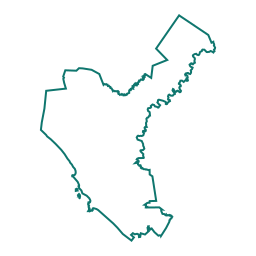 outline of Mazatlán, Sinaloa, Mexico
{"feature_id": "50627088B53659635813519", "entity_name": "Mazatlán", "entity_type": "district", "adm_level": 2, "iso_a3": "MEX", "parent_name": "Mexico", "parent_adm1": "Sinaloa", "projection": "mercator", "projection_center": [-106.27, 23.48], "detail": "fine", "context": "isolated", "style": "outline", "palette": "teal", "viewbox_px": 256, "rotation_deg": 0, "n_neighbors": 0, "source": "geoboundaries", "source_scale": "gbopen_adm2", "svg_char_len": 5788}
<svg xmlns="http://www.w3.org/2000/svg" viewBox="0 0 256 256"><path d="M208.3,35.0L179.1,15.4L156.1,48.6L167.2,60.0L152.7,65.8L151.2,77.9L145.2,74.0L144.6,74.3L144.5,74.8L144.9,75.0L144.1,75.5L144.7,75.5L144.9,75.8L144.4,76.6L143.7,76.6L144.1,77.1L143.5,77.2L143.6,77.5L144.1,77.6L143.9,77.9L143.0,77.9L143.2,78.5L143.8,78.8L143.7,79.3L142.9,80.0L141.6,79.4L140.9,79.5L140.8,80.0L140.1,80.5L139.2,80.4L138.6,81.5L139.0,81.9L137.9,82.7L138.1,84.1L137.4,84.5L137.3,83.8L136.9,83.6L136.8,85.4L136.4,85.4L136.1,84.9L135.4,85.0L135.6,84.6L135.1,83.5L134.1,84.6L134.3,85.0L133.9,85.3L134.3,85.5L133.4,85.8L133.7,86.0L133.6,87.2L133.0,87.1L133.0,86.4L132.4,86.9L132.4,87.8L132.8,88.6L132.0,88.4L130.8,88.8L130.6,89.2L131.1,89.5L130.8,90.1L129.6,89.9L129.2,91.0L129.9,91.6L129.2,91.4L129.2,92.9L127.9,93.4L127.7,94.0L128.0,94.4L127.0,93.8L126.2,94.4L126.5,94.8L125.7,95.2L125.2,95.0L124.8,95.2L124.4,94.5L123.4,95.2L123.1,94.5L122.3,94.7L122.2,94.2L121.9,94.0L121.3,94.6L120.8,94.4L119.9,94.9L119.3,94.1L118.5,94.0L118.3,93.7L118.2,92.6L118.8,92.0L118.2,91.2L117.4,91.4L117.1,91.1L116.5,91.4L115.7,91.1L114.9,91.3L113.4,90.5L112.9,91.1L111.7,88.5L110.5,88.1L110.6,87.4L110.4,86.9L109.6,86.8L108.9,85.8L107.9,86.0L107.5,84.7L106.7,84.7L106.1,84.1L105.3,84.5L104.2,84.0L103.5,84.8L99.3,74.0L91.6,69.8L82.7,68.4L79.0,68.2L76.4,70.7L65.3,70.3L63.2,76.6L64.0,77.7L63.3,78.8L64.2,83.0L65.9,88.6L46.2,90.8L44.4,108.7L41.8,122.3L40.9,129.9L46.1,134.9L47.1,136.4L50.8,139.3L55.7,144.0L61.3,149.9L64.6,154.1L67.5,158.7L69.6,161.3L70.1,162.6L71.9,164.6L73.1,166.9L74.8,168.8L75.6,171.0L75.7,172.7L75.5,173.7L74.6,175.0L73.4,175.4L72.9,175.1L72.4,175.2L72.1,175.9L72.3,176.4L73.0,176.4L77.7,181.9L79.1,185.1L79.1,185.6L78.6,185.8L78.5,186.4L79.0,186.8L79.1,188.1L81.4,190.5L82.4,193.4L86.7,195.7L89.3,198.3L90.2,200.1L90.4,200.9L90.1,202.1L89.5,202.6L89.2,202.1L88.4,202.4L88.6,203.2L88.1,203.8L88.2,204.8L88.8,205.1L89.1,205.8L88.6,206.6L88.8,207.0L88.7,207.6L88.9,208.0L89.4,208.1L89.6,208.5L89.5,208.9L89.0,209.1L89.0,209.7L88.2,211.1L89.3,211.1L89.7,210.3L90.7,210.3L91.1,210.6L91.0,210.8L91.8,210.5L92.2,210.7L92.8,210.0L92.7,209.6L92.3,209.7L92.8,208.4L93.6,208.2L96.4,209.0L98.1,210.0L113.2,223.4L117.4,227.7L122.8,234.0L131.5,240.6L133.9,237.4L131.1,234.9L132.9,233.2L134.7,234.3L137.1,233.8L138.7,234.5L139.0,237.1L140.2,236.9L140.8,233.3L145.0,234.5L148.9,231.0L148.6,230.2L148.8,230.0L148.1,230.1L148.2,229.4L147.8,229.1L147.9,228.6L147.5,227.9L148.2,226.9L148.1,226.4L148.7,226.3L148.6,227.9L149.1,227.8L149.6,228.3L149.4,228.7L150.2,228.7L150.3,228.9L150.0,229.2L150.4,229.5L151.7,228.5L154.4,232.1L158.4,235.7L159.6,235.3L160.9,235.5L161.0,236.0L166.1,228.0L169.1,222.2L169.5,221.1L169.4,220.3L170.1,219.8L170.4,218.9L171.4,218.4L171.4,217.9L172.2,216.9L170.9,216.0L171.2,215.6L170.3,215.2L170.1,215.7L169.7,215.7L169.6,215.3L169.2,215.3L169.0,215.0L168.2,215.3L167.5,215.1L167.0,215.5L166.0,215.4L165.8,215.2L165.8,214.5L165.2,214.9L164.3,214.1L162.5,213.9L161.3,211.2L161.1,209.4L162.0,209.5L159.3,207.4L147.0,207.5L147.1,207.0L145.8,207.3L146.0,205.0L144.6,204.8L147.3,202.9L148.0,202.9L148.8,202.5L149.5,202.7L149.7,201.1L156.2,200.9L152.4,176.3L149.7,174.5L149.6,169.9L148.6,170.1L146.4,169.4L146.0,169.6L145.1,169.2L143.7,169.2L143.2,169.0L142.5,168.0L141.6,168.4L140.9,167.9L141.0,167.5L140.7,167.0L141.0,166.5L140.5,165.3L139.4,165.7L139.3,165.3L138.0,164.5L137.9,162.7L135.2,163.1L136.3,162.0L138.7,161.6L138.7,161.1L138.0,160.3L136.7,159.5L137.2,158.7L138.6,158.1L143.6,158.0L143.8,157.5L143.1,155.8L143.3,154.1L140.7,151.5L140.4,150.8L140.6,150.3L143.1,150.0L144.3,148.7L143.7,146.6L143.2,145.9L143.1,144.0L141.7,141.0L137.6,139.6L136.7,137.4L137.5,136.1L138.1,135.7L139.2,136.1L140.5,135.8L141.8,136.0L143.3,135.3L144.0,133.1L142.9,132.0L143.1,131.0L144.1,130.8L145.2,131.3L145.8,130.8L145.7,129.6L144.8,128.8L144.6,127.6L145.0,127.1L146.7,126.9L146.1,125.7L146.2,124.4L146.0,123.8L146.1,122.6L146.8,121.4L146.4,118.8L147.2,117.7L148.3,117.4L149.4,115.5L150.0,115.5L149.7,112.4L149.4,111.8L148.2,111.1L147.8,109.9L147.7,109.3L148.2,108.2L150.0,108.0L150.8,107.6L151.1,107.1L150.8,106.0L152.5,104.5L154.1,105.0L155.0,106.4L156.9,106.8L157.8,107.5L158.5,107.5L160.1,105.2L159.0,104.3L157.4,102.5L157.9,101.4L158.0,100.2L158.9,99.7L162.9,100.7L165.4,101.8L165.9,102.2L165.8,104.0L166.3,104.2L167.0,104.0L167.6,102.9L168.6,101.9L170.0,101.1L169.7,100.0L168.3,99.7L168.0,99.2L168.5,97.4L168.0,96.5L168.4,95.2L169.2,94.6L171.0,95.7L172.7,95.7L174.0,94.2L174.8,94.1L174.9,93.2L173.1,91.4L172.5,90.3L173.0,89.0L173.6,89.3L174.4,91.0L175.9,91.7L176.4,91.7L176.9,90.9L177.4,90.7L178.0,90.8L179.6,92.2L180.3,92.1L180.7,91.7L181.0,90.9L180.0,89.5L179.3,87.8L179.8,86.5L180.7,86.3L180.8,85.5L180.0,84.3L178.9,83.9L178.9,83.3L180.0,81.9L180.4,80.7L181.9,80.6L183.7,81.9L185.7,80.0L187.0,80.9L187.9,80.5L187.7,79.7L186.7,79.7L186.3,78.9L186.5,78.2L187.7,77.6L187.4,75.9L186.8,75.3L185.5,75.5L185.1,74.4L185.7,73.5L187.5,73.0L188.1,73.0L188.9,73.7L190.2,74.0L191.0,72.8L191.1,71.5L190.7,70.4L192.1,69.0L192.6,67.6L190.7,66.7L189.9,65.7L189.6,64.6L191.2,63.3L191.8,63.4L192.1,64.1L192.9,64.3L194.0,63.1L194.9,62.7L194.4,61.0L194.9,59.0L194.7,58.1L193.1,56.5L192.9,55.5L193.3,54.9L194.7,54.1L196.2,53.8L197.2,54.8L198.4,55.1L199.0,54.8L199.6,53.7L199.9,52.2L200.7,51.6L201.8,51.2L202.1,50.0L202.5,49.6L204.4,49.7L206.6,52.0L207.1,52.1L209.4,51.8L210.6,51.0L211.9,51.5L213.4,52.5L214.0,51.5L214.5,51.2L214.0,49.6L214.9,48.8L215.1,47.6L213.9,45.6L214.2,45.1L214.1,44.1L213.5,43.0L213.3,41.8L211.5,42.7L208.3,35.0ZM80.1,196.3L79.8,194.9L79.0,194.0L77.9,195.2L78.1,195.7L79.3,196.1L79.0,196.4L79.4,196.4L79.8,197.1L80.1,196.3ZM76.9,188.7L75.8,189.2L75.8,190.9L77.3,190.6L77.1,190.4L77.5,189.4L76.9,188.7ZM78.9,198.6L79.9,197.8L79.8,197.1L78.9,198.6Z" fill="none" stroke="#0f766e" stroke-width="2"/></svg>